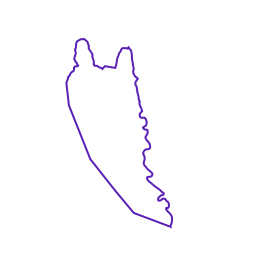 Calypso, Micoud, Saint Lucia, rotated 214°
{"feature_id": "8701671B55619097224465", "entity_name": "Calypso", "entity_type": "district", "adm_level": 2, "iso_a3": "LCA", "parent_name": "Saint Lucia", "parent_adm1": "Micoud", "projection": "orthographic", "projection_center": [-60.966, 13.825], "detail": "fine", "context": "isolated", "style": "outline", "palette": "violet", "viewbox_px": 256, "rotation_deg": 214, "n_neighbors": 0, "source": "geoboundaries", "source_scale": "gbopen_adm2", "svg_char_len": 5619}
<svg xmlns="http://www.w3.org/2000/svg" viewBox="0 0 256 256"><g transform="rotate(214 128 128)"><path d="M172.5,195.2L172.6,194.4L172.8,193.5L173.2,193.5L173.7,193.5L174.4,193.1L174.9,192.5L175.6,192.2L175.9,192.0L176.8,191.5L177.3,190.9L177.5,190.1L177.5,189.4L177.1,188.3L177.0,187.1L177.2,185.6L177.1,185.1L177.0,184.3L176.8,184.0L176.5,182.9L175.9,179.9L175.6,179.2L175.4,178.6L175.2,178.3L173.2,174.1L172.8,172.8L172.5,171.7L172.2,170.7L181.7,166.3L182.2,162.7L182.5,162.8L183.8,162.8L184.9,162.4L185.5,162.3L186.5,162.2L187.8,162.2L188.5,162.0L189.0,161.9L189.8,161.4L190.6,160.9L191.1,161.2L192.3,161.8L192.8,163.3L193.0,163.5L193.4,163.9L193.9,164.3L194.5,164.9L195.0,165.3L196.3,166.3L196.8,166.7L197.2,166.9L197.7,167.4L197.8,167.6L198.1,168.4L198.3,168.8L198.8,169.2L199.2,169.5L199.8,169.8L204.1,171.5L204.8,171.8L205.1,172.1L205.4,172.5L205.7,172.9L206.5,174.4L206.8,174.5L207.1,174.7L207.6,175.0L208.0,175.3L208.6,175.7L209.2,176.4L209.9,176.7L210.9,176.9L212.5,177.1L213.8,177.2L214.2,177.3L214.9,176.5L216.1,175.6L216.5,175.5L217.7,173.5L218.5,171.8L218.6,170.3L218.2,169.1L217.5,167.6L216.2,165.7L216.0,165.1L215.9,163.9L215.7,163.2L214.3,162.0L213.1,160.9L212.9,160.2L212.2,158.3L212.1,157.5L211.3,155.3L210.7,154.8L209.7,154.4L208.3,153.5L207.6,153.5L204.2,151.8L204.6,150.8L205.1,150.3L206.2,149.7L206.5,148.9L206.5,147.8L205.9,146.9L205.3,146.1L205.1,145.3L205.1,144.4L205.7,143.6L206.0,142.1L206.1,140.7L205.8,139.2L205.8,138.0L206.1,137.0L206.1,136.4L205.3,135.2L204.4,131.0L189.6,113.7L141.8,81.1L102.9,68.7L75.7,60.8L37.4,69.9L37.8,70.3L38.1,70.7L38.3,71.8L38.3,72.0L38.7,73.5L39.0,74.3L39.5,75.4L39.7,75.7L40.0,76.3L41.0,77.8L41.2,78.0L41.7,78.6L42.1,79.0L42.9,79.5L43.9,80.0L45.8,80.6L46.6,80.8L46.8,80.8L47.6,80.9L48.1,81.0L48.4,81.2L48.5,81.2L48.7,81.3L49.3,81.4L50.0,81.6L50.4,81.7L50.5,81.7L50.9,81.9L51.0,82.0L51.6,82.7L51.6,82.9L51.5,83.0L51.3,83.3L50.8,83.6L50.6,83.7L50.5,83.8L50.4,84.0L50.2,84.1L50.1,84.4L50.1,84.6L50.1,85.2L50.4,85.9L50.9,86.9L51.1,87.3L51.4,87.6L51.8,88.0L52.5,88.5L53.3,88.9L53.7,89.1L53.9,89.1L55.3,89.0L55.6,89.1L55.9,89.2L56.1,89.4L56.6,89.7L57.1,89.8L58.0,89.9L58.2,89.7L58.5,89.6L59.5,88.9L59.9,88.6L59.9,88.4L59.9,88.1L60.0,87.8L60.1,87.3L60.2,86.8L60.4,86.3L60.6,86.0L61.0,85.6L61.2,85.4L61.7,85.1L61.8,85.1L62.0,85.0L62.5,85.0L62.9,85.3L63.2,85.6L63.3,85.9L63.5,86.2L63.5,86.7L63.6,86.8L63.6,87.6L63.6,87.9L63.5,88.3L63.4,88.5L63.2,89.8L63.0,90.4L62.8,90.6L62.6,91.0L62.1,91.4L61.5,92.1L61.4,92.5L61.4,92.9L61.5,93.1L61.7,93.6L61.8,93.8L62.0,93.9L62.4,94.0L64.1,93.9L65.1,94.1L66.0,94.4L67.9,94.6L68.4,94.6L68.6,94.6L70.4,94.6L70.5,94.6L71.3,94.6L71.6,94.7L73.6,94.7L73.9,94.8L74.4,94.8L76.4,95.1L76.9,95.1L77.6,95.2L78.6,95.3L80.7,95.4L81.7,95.6L82.3,95.9L83.3,96.3L83.7,96.6L84.1,96.9L84.3,97.1L84.4,97.8L84.4,98.2L84.3,98.4L83.5,99.1L83.0,99.5L82.8,99.6L82.6,99.8L82.2,100.2L82.0,100.5L81.7,100.9L81.5,101.2L81.5,102.0L81.6,102.5L81.8,103.1L81.9,103.3L82.0,103.5L82.4,103.8L82.7,103.9L83.6,104.2L83.9,104.3L85.5,104.5L86.2,104.6L86.3,104.6L86.7,104.6L87.8,104.7L89.8,105.1L90.0,105.2L90.5,105.4L91.7,105.8L93.3,106.2L94.1,106.5L94.3,106.7L94.7,107.0L95.3,107.7L96.0,109.1L96.1,109.7L96.6,111.0L96.8,111.5L97.1,111.9L97.7,112.8L98.2,113.4L98.7,113.7L99.7,114.4L100.3,114.8L100.9,115.2L101.0,115.2L101.2,115.5L101.5,115.9L101.6,116.3L101.6,116.5L101.7,116.9L101.8,117.3L101.8,117.9L101.8,118.3L101.7,119.1L101.6,119.5L101.3,120.0L101.1,120.1L101.0,120.3L100.7,120.7L99.8,121.4L99.2,122.1L99.0,122.3L98.7,122.8L98.6,123.2L98.6,123.8L98.7,124.1L99.1,124.8L99.7,125.5L100.3,126.2L100.9,126.6L101.9,127.3L102.5,127.5L102.8,127.7L103.1,127.7L103.4,127.8L104.6,128.1L106.2,128.6L107.5,129.2L107.9,129.6L108.1,129.7L108.2,130.0L108.4,130.4L108.5,131.1L108.6,133.2L108.7,133.3L108.7,133.6L108.9,134.4L109.2,135.2L109.5,135.9L109.9,136.3L110.8,137.1L111.0,137.1L111.4,137.1L111.5,137.1L112.1,136.7L112.7,136.4L113.0,136.3L113.6,136.2L114.2,136.1L114.3,136.2L115.1,136.4L115.7,136.7L115.8,136.9L115.8,137.0L115.8,137.3L115.6,137.6L115.0,138.7L114.7,139.4L114.6,139.7L114.6,140.0L114.6,140.7L115.1,142.1L115.4,142.6L115.9,143.4L116.2,143.7L116.6,144.1L117.2,144.6L117.4,144.8L117.9,145.1L118.2,145.2L118.8,145.4L119.4,145.7L119.6,145.7L120.0,145.8L120.2,145.7L120.3,145.6L120.6,145.5L120.9,145.3L122.0,144.4L122.8,143.9L123.3,143.8L123.5,143.7L123.9,143.8L124.3,144.1L124.7,144.4L125.0,144.7L125.1,144.9L125.8,145.6L126.0,145.9L126.1,147.6L126.1,147.8L126.1,148.1L126.0,148.3L125.8,149.2L125.7,149.9L126.0,150.1L126.2,150.3L127.1,151.0L127.8,151.6L129.1,152.4L130.3,153.1L131.6,154.1L131.9,154.3L132.4,154.9L132.5,155.1L132.7,155.5L132.9,156.3L133.5,156.9L134.0,156.9L134.9,157.7L135.6,158.4L136.0,159.0L136.3,159.3L136.7,159.8L137.1,160.2L138.4,161.4L138.7,161.6L140.2,162.8L140.4,163.2L141.5,164.3L141.6,164.5L142.2,165.1L142.4,165.4L142.8,165.7L142.9,166.0L143.3,166.4L143.8,166.8L144.1,167.1L144.8,167.5L145.8,167.9L146.1,168.1L146.3,168.3L146.5,168.6L146.9,169.2L147.1,169.5L147.3,169.9L147.4,170.5L147.5,171.5L147.6,172.2L147.6,172.6L147.4,173.9L147.4,174.1L147.5,174.3L148.1,174.6L148.4,174.6L148.8,174.7L150.5,174.7L151.0,174.8L152.6,175.5L154.3,176.6L155.1,177.4L155.4,177.8L155.6,178.3L155.8,178.9L155.9,179.2L156.0,179.6L156.3,180.1L156.6,180.6L156.8,180.9L157.4,181.3L158.3,182.2L158.6,182.5L159.0,183.0L159.6,183.7L160.8,184.9L161.7,185.9L162.5,186.6L162.8,186.9L163.3,187.4L163.6,187.8L163.8,188.1L164.0,188.3L164.3,189.0L164.9,189.7L165.5,190.5L166.0,190.9L166.4,191.5L167.5,192.8L167.8,193.0L168.4,193.5L168.6,193.6L169.2,194.1L169.4,194.2L170.5,194.4L170.9,194.4L171.5,194.6L172.5,195.2Z" fill="none" stroke="#5b21b6" stroke-width="2"/></g></svg>